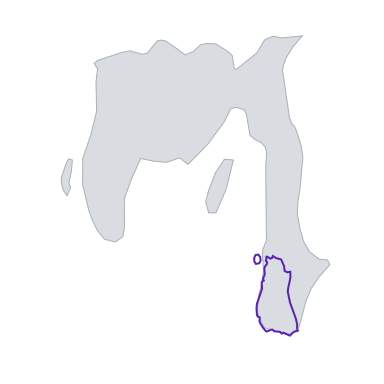 Grand'Anse highlighted on a map of Haiti, rotated 263°
{"feature_id": "HTI-1359", "entity_name": "Grand'Anse", "entity_type": "Department", "adm_level": 1, "iso_a3": "HTI", "parent_name": "Haiti", "parent_adm1": "", "projection": "robinson", "projection_center": [-74.06, 18.515], "detail": "fine", "context": "in_parent", "style": "outline", "palette": "violet", "viewbox_px": 384, "rotation_deg": 263, "n_neighbors": 0, "source": "natural_earth", "source_scale": "10m", "svg_char_len": 2517}
<svg xmlns="http://www.w3.org/2000/svg" viewBox="0 0 384 384"><g transform="rotate(263 192 192)"><path d="M331.7,110.5L334.1,114.3L339.1,139.5L339.7,147.5L334.7,159.7L335.4,164.6L346.2,175.8L346.5,179.9L345.2,184.0L336.0,194.6L329.0,201.9L331.2,210.3L337.0,218.3L337.7,224.9L336.0,233.7L327.2,244.6L322.6,248.5L309.6,249.0L308.1,250.6L314.7,261.2L322.1,273.3L334.1,282.6L336.8,291.5L334.0,299.8L333.5,320.4L324.3,310.4L314.1,302.1L308.1,298.8L301.8,296.7L253.5,297.8L248.1,299.3L243.9,301.9L239.4,303.3L226.1,305.8L212.9,306.3L182.1,299.6L169.9,296.1L157.6,293.9L143.5,294.6L129.4,296.7L118.2,301.5L109.8,310.1L108.2,318.0L103.2,320.1L91.9,307.4L81.4,298.4L69.6,291.7L45.2,282.0L40.7,276.2L38.7,269.1L48.6,247.2L59.8,243.2L66.0,242.5L79.8,245.2L93.3,250.1L105.7,253.4L124.8,254.6L135.1,260.0L208.5,268.3L222.4,271.0L227.8,270.0L232.5,266.8L236.4,260.9L241.0,256.5L262.7,255.5L267.3,253.5L270.4,247.3L270.3,240.9L257.5,232.4L237.5,213.5L219.9,191.4L227.4,183.9L224.5,170.2L227.3,157.6L231.5,145.2L214.1,134.5L193.5,124.0L165.0,120.6L156.2,118.0L151.7,110.0L155.8,99.4L165.0,93.5L175.6,89.8L186.4,87.3L212.6,84.3L238.6,87.7L261.1,98.6L283.9,107.2L312.7,110.1L325.7,113.2L331.7,110.5ZM220.6,228.1L218.7,236.9L190.9,226.4L168.4,213.2L169.3,206.0L180.8,204.4L191.9,208.8L208.2,217.6L220.6,228.1ZM235.6,70.6L240.0,73.5L238.4,77.1L227.4,74.9L216.1,70.9L212.4,71.9L210.1,71.4L203.5,67.5L209.3,64.6L215.3,63.6L221.8,63.8L235.6,70.6Z" fill="#d9dde1" stroke="#a8b0b8" stroke-width="1"/><path d="M41.5,280.2L41.3,279.7L41.1,277.3L40.4,275.5L37.5,271.6L41.3,265.6L41.0,265.1L40.5,263.9L42.5,262.3L43.8,256.5L45.4,255.3L45.7,254.6L45.5,253.1L45.1,251.6L44.7,250.6L44.4,249.3L45.2,248.1L48.9,245.8L53.7,243.6L55.8,243.2L58.3,243.9L59.4,243.9L59.9,242.8L60.4,242.0L61.6,241.6L62.9,241.5L69.0,241.9L73.3,242.9L87.6,249.8L93.8,250.1L94.0,250.3L94.8,251.2L94.9,251.5L95.2,252.4L95.8,252.4L96.5,251.9L97.2,251.9L100.4,253.7L101.8,254.2L106.6,254.4L107.8,254.7L109.1,255.3L111.4,257.5L112.1,257.9L113.2,258.0L113.8,257.6L114.1,257.2L114.7,257.0L115.8,257.2L117.1,257.9L118.1,257.9L118.8,257.6L119.1,257.3L118.2,259.4L116.3,261.7L116.8,263.5L118.6,264.4L116.2,267.4L114.2,272.2L110.7,273.3L107.3,274.3L104.7,274.3L102.2,274.4L100.7,276.9L100.9,279.8L95.8,279.4L90.6,277.8L86.0,276.1L81.5,274.9L70.4,275.8L59.5,278.3L53.6,279.6L47.5,280.3L44.5,279.7L41.9,280.0L41.5,280.2ZM112.8,246.7L115.4,245.4L119.0,245.7L121.7,247.4L121.8,250.1L119.2,251.8L115.8,251.8L113.1,250.1L112.8,246.7Z" fill="none" stroke="#5b21b6" stroke-width="2"/></g></svg>